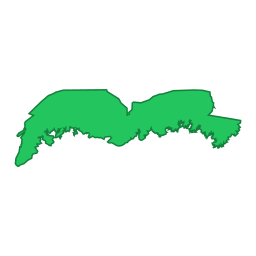 Kariba Urban, Mashonaland West, Zimbabwe
{"feature_id": "62879985B80856032780976", "entity_name": "Kariba Urban", "entity_type": "district", "adm_level": 2, "iso_a3": "ZWE", "parent_name": "Zimbabwe", "parent_adm1": "Mashonaland West", "projection": "albers", "projection_center": [28.813, -16.528], "detail": "fine", "context": "isolated", "style": "filled", "palette": "green", "viewbox_px": 256, "rotation_deg": 0, "n_neighbors": 0, "source": "geoboundaries", "source_scale": "gbopen_adm2", "svg_char_len": 5939}
<svg xmlns="http://www.w3.org/2000/svg" viewBox="0 0 256 256"><path d="M63.2,90.2L55.5,92.3L53.7,93.5L48.4,95.6L41.4,101.6L29.0,113.6L33.5,115.4L25.3,121.8L24.8,123.1L25.0,126.8L24.3,128.2L24.7,128.0L25.8,129.1L18.8,133.1L17.1,135.4L17.4,136.3L18.7,136.4L24.6,131.9L24.2,133.3L20.8,137.7L22.2,139.8L21.5,143.0L21.9,143.6L20.9,145.0L21.2,146.7L19.8,146.8L19.1,152.0L16.0,158.2L15.4,163.5L16.0,164.7L17.6,166.2L18.8,166.1L20.2,164.9L24.0,163.6L27.7,160.3L31.6,158.3L32.3,154.8L33.4,153.8L36.8,153.1L37.7,151.3L35.0,147.3L38.2,146.2L37.0,144.1L39.6,144.1L41.4,143.1L40.6,142.5L40.0,141.1L40.6,140.2L40.3,137.7L38.3,137.6L38.4,137.3L40.4,136.9L42.3,137.3L42.5,136.2L43.0,136.8L42.2,137.9L42.8,138.3L42.5,139.5L45.0,140.6L45.7,141.4L45.6,143.1L49.0,144.9L49.1,145.4L51.0,145.7L51.6,143.7L53.7,142.6L53.7,141.3L52.2,139.7L53.7,137.4L53.2,136.0L49.2,135.6L48.6,134.6L47.3,135.0L47.4,134.4L46.4,133.6L47.2,133.2L46.7,131.8L44.8,131.8L45.2,131.2L46.9,131.1L47.2,129.7L48.6,132.7L49.8,133.2L50.5,132.9L51.0,131.4L52.1,131.2L52.7,130.1L53.8,130.1L54.2,128.9L55.5,132.0L56.7,132.0L58.4,131.2L57.9,130.5L58.8,130.4L58.1,128.3L58.9,129.4L60.0,129.0L59.3,130.0L59.6,131.4L56.1,133.7L55.1,137.6L56.0,137.7L58.9,136.4L60.2,138.5L61.4,136.4L59.8,136.0L63.6,132.8L63.3,132.5L63.9,131.7L63.3,131.1L64.3,130.3L64.5,129.0L64.1,128.4L65.1,128.6L65.6,127.9L65.5,131.6L65.9,131.9L67.8,130.9L68.5,130.9L69.0,131.4L69.8,130.0L69.8,127.3L70.5,126.8L71.2,127.9L73.2,128.0L73.5,128.4L74.3,128.0L73.7,130.4L75.0,130.6L74.8,131.1L75.3,131.6L73.4,132.7L73.9,133.0L73.7,134.8L74.2,135.4L74.3,134.8L75.4,133.9L77.1,133.7L77.4,133.3L76.4,130.9L75.8,130.4L76.3,129.4L77.3,129.2L77.0,128.5L78.1,129.2L79.0,128.6L78.9,130.3L81.7,131.8L83.1,133.9L83.7,134.1L85.7,133.1L86.6,133.6L87.0,133.4L86.7,132.7L88.9,132.9L89.3,134.4L88.3,136.9L89.3,137.9L92.6,136.3L95.1,137.6L97.3,137.4L99.8,137.8L100.7,137.5L104.0,139.3L104.5,137.8L105.4,136.9L110.2,136.5L111.5,137.9L107.5,141.8L108.5,142.7L109.9,143.0L111.6,142.6L116.7,145.5L118.9,146.0L121.7,145.5L124.5,143.9L125.0,143.0L127.6,142.4L127.9,141.5L130.8,139.5L130.9,138.2L131.8,139.0L133.1,138.8L134.9,136.4L136.4,136.0L137.3,134.1L136.6,133.7L136.2,132.7L136.9,132.7L137.1,133.6L138.2,133.0L138.8,130.5L138.3,129.4L138.8,129.2L139.6,130.4L138.9,131.0L140.0,131.5L138.9,134.6L138.9,137.4L139.3,139.2L140.7,140.2L142.3,140.0L145.2,137.9L145.4,136.1L144.7,136.6L144.3,135.7L144.6,135.7L144.5,135.2L145.4,135.0L146.4,135.5L148.1,134.1L148.6,133.5L147.5,131.0L148.8,131.5L150.9,129.9L150.9,129.0L150.2,128.6L150.9,128.8L151.2,128.0L152.1,130.6L153.4,132.0L153.9,131.8L154.3,132.8L155.2,133.2L156.2,132.9L157.1,133.6L158.4,132.6L157.5,133.7L157.6,134.3L159.5,134.9L158.9,135.2L159.1,136.6L160.0,137.0L161.1,136.0L161.4,135.3L163.7,135.1L164.1,134.6L165.8,134.2L166.2,132.6L166.9,132.3L166.2,131.9L165.3,129.8L165.4,129.0L166.2,128.5L165.2,128.6L166.6,127.9L166.6,128.3L167.7,128.4L167.5,126.8L167.9,127.5L168.5,127.0L169.1,127.2L168.4,129.6L169.3,129.2L169.1,129.5L170.1,129.5L170.7,127.9L171.6,128.2L171.3,131.5L171.9,131.6L172.4,130.7L173.2,130.6L173.0,131.2L173.4,131.7L174.4,131.4L175.3,130.1L175.0,129.5L175.3,129.2L177.3,131.9L177.7,131.8L177.9,130.8L176.8,128.6L177.9,129.9L179.0,127.9L181.0,127.0L180.3,125.8L179.1,126.0L179.0,125.5L179.7,124.8L178.2,124.1L178.6,123.7L178.5,122.2L178.8,121.7L179.1,124.0L180.1,123.8L179.2,123.2L179.3,122.6L179.8,123.0L180.9,122.8L180.9,123.5L181.5,123.4L181.7,122.6L180.6,121.3L181.1,120.6L182.0,122.0L183.1,122.7L183.8,122.0L183.8,122.6L181.8,126.2L183.2,126.6L183.6,126.3L184.2,128.0L184.9,127.8L185.3,127.3L185.5,125.1L186.6,128.4L187.4,128.4L187.1,126.9L187.5,126.3L188.3,126.7L188.5,125.9L187.8,125.5L188.0,125.1L188.5,125.4L189.4,124.0L189.4,124.7L190.1,123.9L189.3,121.4L189.7,120.1L190.8,120.6L189.9,121.7L190.7,123.1L191.7,123.2L191.9,123.5L191.3,123.4L191.2,123.8L192.0,125.2L191.4,127.0L190.9,127.1L191.4,127.9L190.9,128.3L189.0,128.8L188.7,128.2L189.9,131.9L190.3,130.4L191.6,132.4L192.2,132.4L192.1,129.5L192.8,131.6L194.3,130.0L195.7,131.5L195.3,131.4L194.5,132.2L195.9,132.2L196.0,130.7L196.7,130.5L196.3,129.9L196.7,129.2L196.6,128.2L197.6,128.0L198.0,128.9L197.7,129.5L198.4,129.3L198.1,127.7L198.6,127.2L198.0,126.5L198.6,126.2L198.8,127.6L199.1,127.6L199.1,125.3L199.6,125.5L199.3,125.7L199.6,126.0L200.2,125.9L199.6,127.0L199.9,127.5L199.2,128.6L201.3,130.1L201.6,131.7L201.1,132.0L203.0,133.8L204.0,133.6L203.7,132.7L204.2,132.4L204.4,132.7L205.2,132.4L205.0,134.6L204.7,134.7L204.8,135.3L205.3,134.7L205.7,134.9L206.2,136.0L205.8,135.9L206.0,137.7L207.0,137.2L207.1,137.8L208.2,135.9L209.3,135.4L208.9,134.7L209.6,133.3L210.3,133.9L211.3,132.0L211.6,132.9L210.7,134.9L212.3,134.8L212.2,134.3L213.3,133.1L213.5,134.2L212.8,136.0L211.5,137.1L211.5,137.9L212.1,138.8L213.2,138.4L214.1,138.9L215.4,138.7L214.7,139.9L215.0,140.4L216.5,140.3L215.8,142.1L214.4,142.0L213.8,142.6L214.2,141.8L213.0,143.0L212.2,143.1L212.7,144.8L213.4,145.4L213.8,144.8L214.7,145.0L214.8,145.5L213.0,148.1L214.4,146.7L214.1,147.2L214.8,147.3L216.1,146.5L216.4,145.9L218.1,146.1L217.8,147.5L218.3,147.4L218.4,147.9L219.3,147.3L219.2,146.2L219.8,146.5L219.0,146.0L219.0,145.2L219.5,145.0L220.1,145.5L220.2,146.4L220.5,146.2L221.7,146.9L222.6,146.5L221.6,146.2L222.0,145.6L221.4,144.3L223.3,145.5L223.8,142.7L224.3,143.8L224.8,143.8L226.4,142.3L227.3,142.0L226.2,141.1L227.0,140.0L228.8,139.6L228.0,137.3L230.6,136.7L231.7,134.2L233.8,134.9L234.7,133.8L234.0,135.3L235.1,136.0L237.9,133.4L236.4,131.1L238.3,131.5L239.6,129.9L238.4,128.3L240.2,127.4L237.9,124.4L240.2,123.1L240.6,122.2L240.6,120.5L208.4,115.1L212.0,111.4L213.1,106.7L214.2,107.3L213.4,105.9L213.6,102.8L212.4,102.1L211.4,97.0L210.3,96.1L209.9,92.0L202.5,90.3L193.8,90.0L173.4,90.7L162.6,94.0L159.6,94.2L153.1,96.6L149.4,99.8L141.0,102.8L133.7,102.1L132.3,102.9L132.0,109.7L128.7,112.5L129.5,113.9L127.2,115.1L127.0,108.2L121.1,103.1L118.7,98.8L107.2,91.6L106.6,89.8L63.2,90.2Z" fill="#22c55e" stroke="#15803d" stroke-width="1.5"/></svg>